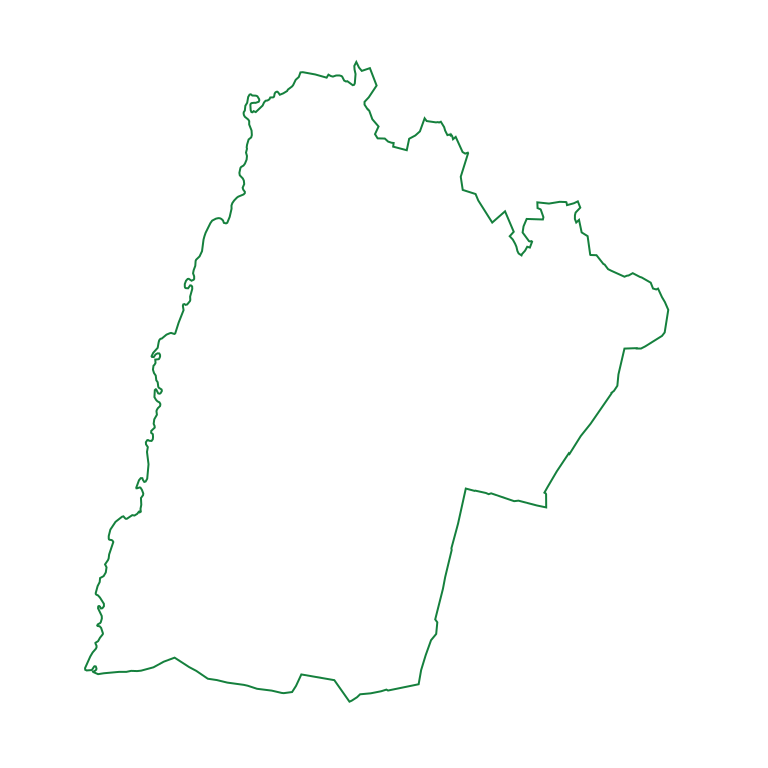 Kantinieku pag., Rezeknes, Latvia, rotated 94°
{"feature_id": "27541924B86344078338923", "entity_name": "Kantinieku pag.", "entity_type": "district", "adm_level": 2, "iso_a3": "LVA", "parent_name": "Latvia", "parent_adm1": "Rezeknes", "projection": "natural_earth1", "projection_center": [27.111, 56.59], "detail": "fine", "context": "isolated", "style": "outline", "palette": "green", "viewbox_px": 768, "rotation_deg": 94, "n_neighbors": 0, "source": "geoboundaries", "source_scale": "gbopen_adm2", "svg_char_len": 6132}
<svg xmlns="http://www.w3.org/2000/svg" viewBox="0 0 768 768"><g transform="rotate(94 384 384)"><path d="M290.2,105.6L282.7,109.5L277.9,112.8L269.7,117.3L270.7,119.0L270.0,122.3L264.3,125.0L259.7,134.5L259.4,136.0L256.1,143.6L258.7,147.6L259.0,149.2L260.2,151.6L255.2,165.1L253.8,168.5L249.4,172.3L249.0,173.5L240.7,181.0L240.9,187.0L240.7,187.3L222.3,191.2L219.0,197.4L206.7,200.9L209.5,203.5L206.0,205.1L202.3,205.3L199.6,204.8L194.4,200.5L188.3,203.4L190.5,207.3L192.8,213.9L190.0,214.7L189.8,215.1L190.0,221.4L192.5,232.0L192.1,243.7L197.8,243.1L198.8,240.1L199.3,239.7L206.5,236.6L208.8,237.0L209.4,253.2L217.0,255.8L223.2,256.3L231.4,249.3L231.6,248.3L231.2,246.8L231.7,246.2L237.7,248.0L237.1,250.7L241.2,252.6L244.8,255.4L246.1,255.8L244.4,258.8L242.0,260.2L237.8,261.5L234.9,263.0L230.9,265.6L227.8,268.9L223.1,265.2L203.3,275.3L215.4,287.3L194.3,302.8L188.1,305.9L184.9,319.0L171.9,321.9L147.9,316.2L147.4,316.5L148.5,319.1L147.1,321.8L132.5,329.7L135.0,332.2L131.9,333.3L130.4,334.6L131.4,335.0L130.6,336.1L131.3,338.1L126.9,340.7L123.6,341.9L118.4,345.6L119.3,347.3L119.0,348.5L119.4,350.4L118.7,359.8L116.1,362.0L129.5,365.8L133.9,370.1L137.6,376.0L149.2,377.6L146.6,391.4L142.9,391.2L142.8,393.3L141.9,396.8L139.1,400.3L139.4,407.5L135.4,410.4L127.5,407.4L120.7,414.1L112.6,417.7L111.2,419.0L111.3,419.4L106.7,422.9L103.9,423.1L99.1,419.2L86.8,412.2L69.9,420.1L73.2,428.0L70.1,431.0L64.7,434.1L68.8,435.8L72.4,435.3L76.8,434.0L86.1,434.1L87.6,434.7L88.1,436.0L84.5,441.7L84.9,443.0L84.1,444.9L80.4,447.1L79.8,447.8L79.3,450.0L79.6,453.3L80.9,456.4L80.5,458.5L79.3,461.0L82.4,462.6L80.0,474.2L78.6,486.8L79.0,489.1L83.7,490.4L86.7,493.3L92.2,495.5L93.6,496.5L97.0,500.4L98.5,501.1L101.1,504.8L102.7,508.1L100.3,510.1L99.8,511.1L100.5,512.5L101.8,513.3L105.0,513.7L105.8,514.6L106.1,517.4L108.0,518.2L109.3,520.0L109.7,521.9L111.5,523.3L114.7,524.5L121.7,530.9L120.9,533.1L122.1,534.1L122.0,535.2L120.1,536.1L114.8,536.8L113.6,536.4L113.0,535.6L112.5,533.1L112.5,531.7L111.2,528.7L109.9,528.2L108.6,528.4L105.8,530.4L105.3,531.9L105.4,535.5L104.3,537.1L104.7,538.3L107.1,539.5L113.0,540.1L116.1,541.7L120.9,541.9L122.7,542.9L124.1,542.9L125.5,542.5L127.1,541.5L129.7,537.8L131.2,536.8L134.5,536.6L140.4,533.8L144.9,533.2L147.3,533.7L149.5,536.1L154.8,537.3L157.5,537.5L158.9,537.1L162.8,537.8L166.1,536.6L169.7,536.7L173.9,538.1L175.9,539.4L177.4,541.6L178.5,542.3L183.5,543.0L185.9,542.4L188.8,539.2L190.9,538.0L194.3,537.4L198.1,538.7L199.9,538.0L202.0,536.2L203.4,536.2L204.7,537.3L207.3,542.5L208.4,543.8L211.4,546.3L214.1,547.9L216.6,548.6L219.8,548.3L228.1,549.6L234.1,551.6L234.8,552.8L234.4,555.0L232.1,556.0L230.7,557.7L230.1,559.3L230.1,560.9L230.8,563.2L233.0,566.8L235.6,568.4L245.6,572.5L249.0,573.4L252.5,574.1L264.2,574.8L269.6,576.9L273.0,580.0L274.3,580.5L279.3,580.5L283.7,581.8L286.9,582.2L289.8,580.9L292.4,580.7L293.3,581.2L294.4,583.2L292.7,586.1L292.9,587.2L294.8,588.7L298.2,589.7L300.8,589.5L301.7,589.2L302.2,588.4L302.2,586.1L299.1,584.2L299.2,583.2L300.1,582.2L302.5,581.9L310.3,583.5L313.7,583.1L314.9,583.4L318.4,585.9L318.9,587.5L318.2,588.7L318.6,589.8L320.1,590.1L324.3,589.1L337.0,593.1L348.1,595.8L348.7,596.6L347.9,600.0L348.3,601.2L349.9,604.4L354.2,608.9L354.5,610.1L354.9,610.5L356.1,611.3L358.1,611.7L363.7,612.3L369.0,616.4L372.5,617.8L373.2,617.3L373.2,615.6L370.4,613.9L369.2,612.0L369.2,610.3L370.7,609.4L372.4,609.3L374.6,610.1L375.0,610.6L375.6,613.9L378.9,613.4L380.7,614.2L381.8,615.2L385.8,615.5L389.1,614.2L391.5,612.3L396.2,611.4L398.0,609.9L402.5,609.0L403.4,608.4L405.0,605.5L406.4,605.1L408.4,606.0L409.3,607.0L409.3,607.7L409.1,608.6L405.3,610.9L405.2,611.4L406.1,612.2L413.1,612.1L415.7,610.3L417.1,608.8L418.0,606.7L419.6,605.7L420.6,605.7L421.7,605.9L423.9,607.9L425.7,608.8L426.9,609.1L430.5,608.4L435.2,610.7L439.8,611.0L441.9,609.9L443.5,609.7L447.0,612.9L448.9,612.9L450.2,611.1L453.0,610.7L455.3,610.8L457.0,611.9L457.0,614.2L456.4,615.4L456.5,616.2L458.7,617.5L460.8,617.2L463.4,615.2L468.3,615.7L480.5,613.3L495.0,613.6L497.9,615.0L498.4,616.3L496.5,617.8L494.8,618.5L494.9,620.1L497.1,621.7L504.7,623.9L505.3,623.7L505.3,623.2L504.2,620.4L504.4,619.7L506.5,618.1L510.0,616.5L511.7,616.6L514.7,618.5L521.4,617.7L525.6,618.2L528.3,617.7L529.0,618.6L528.2,619.1L528.4,619.6L530.7,621.1L532.6,623.7L532.4,626.0L536.3,631.0L536.5,632.0L536.1,632.8L534.2,634.7L534.7,636.1L540.2,642.2L548.3,646.8L554.9,648.0L557.4,647.8L558.2,647.5L558.5,646.9L558.7,644.8L559.2,643.9L560.5,643.0L573.2,646.3L577.1,646.5L578.8,647.0L583.4,649.7L586.2,648.0L591.4,648.4L595.2,650.3L597.4,653.7L601.4,653.8L605.6,655.6L612.7,657.0L613.5,656.9L614.2,656.3L614.8,654.6L616.8,652.5L622.8,648.1L625.2,647.9L626.7,648.8L627.5,649.7L627.6,650.9L626.0,651.7L625.4,652.5L625.5,653.3L626.1,653.6L627.7,653.6L635.1,649.4L637.6,649.1L641.3,649.9L642.2,650.4L643.8,652.8L645.0,653.2L645.4,652.7L645.5,650.8L647.0,649.2L652.3,647.0L653.3,647.1L656.9,649.6L660.5,651.3L662.3,653.8L663.1,653.7L665.2,652.5L666.7,652.4L668.1,652.9L672.1,655.9L676.3,658.0L688.3,662.4L689.9,662.1L690.5,660.6L689.8,656.0L689.4,655.3L686.0,653.4L685.7,652.8L685.9,651.8L687.8,651.0L689.0,651.1L690.2,652.2L691.3,654.2L691.6,654.0L693.4,649.0L692.1,643.3L689.7,628.5L689.1,620.8L687.8,616.2L687.6,610.2L686.9,606.3L682.7,594.2L676.4,584.4L671.6,573.8L680.0,558.6L683.3,551.2L690.3,539.2L691.0,530.1L692.8,519.5L693.9,502.9L694.5,498.9L696.9,489.4L697.7,474.6L699.3,464.6L699.4,462.5L697.7,454.2L691.3,450.7L679.5,446.2L682.9,412.9L703.3,396.3L702.2,394.2L698.3,389.0L695.2,386.2L693.5,375.7L690.7,365.4L688.7,360.3L689.5,358.6L681.1,328.5L666.8,327.0L651.6,323.5L636.3,319.2L629.7,314.5L618.0,314.2L615.3,316.5L584.1,310.9L572.3,309.5L544.9,304.9L543.2,305.3L518.2,300.4L482.6,295.1L484.3,286.1L484.0,285.6L485.6,274.8L486.6,271.9L485.6,269.5L491.8,246.0L491.0,241.7L494.5,223.1L495.8,213.6L482.7,214.6L481.9,215.0L481.2,216.4L475.5,213.7L459.0,205.5L440.2,194.8L440.9,194.1L422.2,184.1L409.3,175.2L377.4,156.3L377.0,156.5L374.8,154.1L369.5,151.1L358.1,150.8L331.9,146.6L330.6,134.4L331.0,134.4L330.7,130.1L328.3,126.1L316.6,110.0L313.0,107.6L290.2,105.6Z" fill="none" stroke="#15803d" stroke-width="2"/></g></svg>